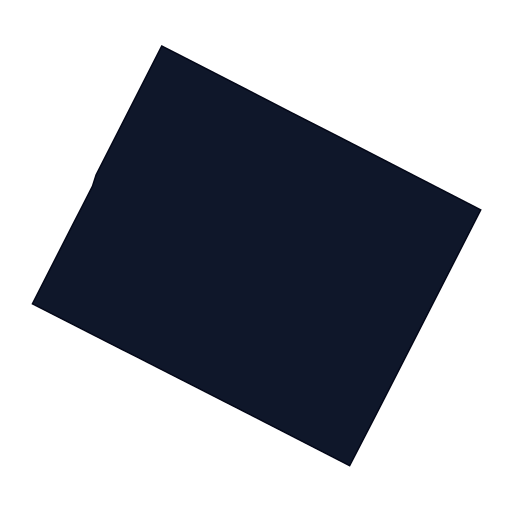 outline of Oklahoma, Oklahoma, United States of America, rotated 27°
{"feature_id": "52423323B99277183073993", "entity_name": "Oklahoma", "entity_type": "district", "adm_level": 2, "iso_a3": "USA", "parent_name": "United States of America", "parent_adm1": "Oklahoma", "projection": "mercator", "projection_center": [-97.512, 35.551], "detail": "fine", "context": "isolated", "style": "filled", "palette": "ink", "viewbox_px": 512, "rotation_deg": 27, "n_neighbors": 0, "source": "geoboundaries", "source_scale": "gbopen_adm2", "svg_char_len": 598}
<svg xmlns="http://www.w3.org/2000/svg" viewBox="0 0 512 512"><g transform="rotate(27 256 256)"><path d="M76.7,111.7L76.7,196.1L76.7,220.3L76.7,256.3L78.6,267.9L78.6,273.8L78.6,286.3L78.6,292.5L78.5,310.2L78.5,322.3L78.5,324.1L78.5,331.5L78.5,352.0L78.5,376.1L78.5,400.1L143.3,400.1L149.7,400.1L163.9,400.1L179.5,400.1L191.4,400.0L209.3,400.0L221.2,400.0L233.3,400.0L245.2,400.0L316.4,400.0L328.2,400.0L434.6,400.3L434.9,352.4L435.0,328.4L435.3,112.9L363.9,112.6L280.2,112.2L220.4,112.2L184.4,112.0L172.4,111.9L100.6,111.7L76.7,111.7Z" fill="#0f172a" stroke="#020617" stroke-width="1.5"/></g></svg>